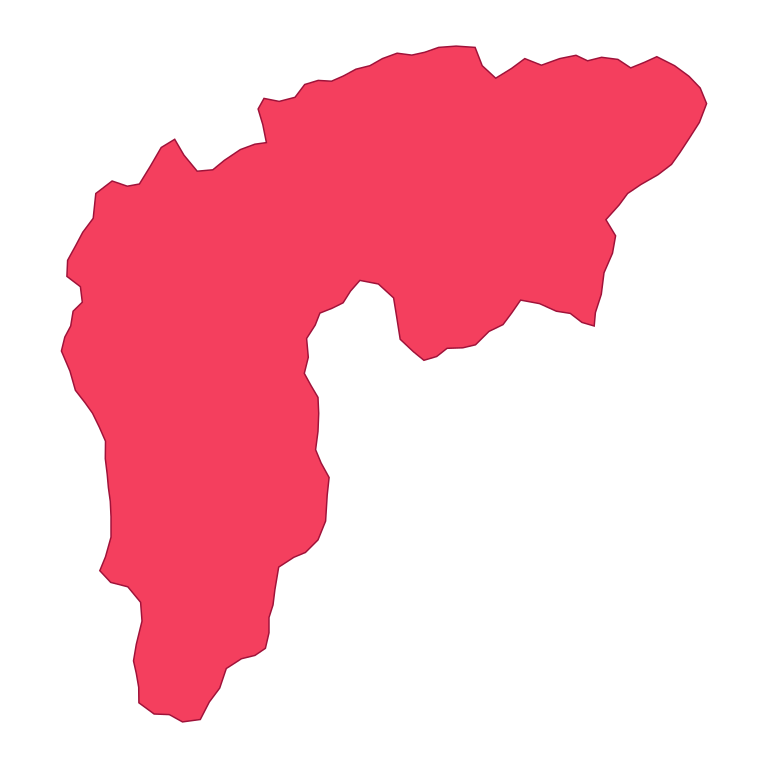 the district of Divinolândia de Minas, Minas Gerais, Brazil
{"feature_id": "56859067B83999071532050", "entity_name": "Divinolândia de Minas", "entity_type": "district", "adm_level": 2, "iso_a3": "BRA", "parent_name": "Brazil", "parent_adm1": "Minas Gerais", "projection": "robinson", "projection_center": [-42.571, -18.8], "detail": "fine", "context": "isolated", "style": "filled", "palette": "rose", "viewbox_px": 768, "rotation_deg": 0, "n_neighbors": 0, "source": "geoboundaries", "source_scale": "gbopen_adm2", "svg_char_len": 1918}
<svg xmlns="http://www.w3.org/2000/svg" viewBox="0 0 768 768"><path d="M475.1,47.4L456.1,46.1L438.6,47.4L424.6,52.3L411.8,55.1L397.1,53.2L382.4,58.6L369.9,65.7L355.9,69.2L343.1,76.1L331.5,81.2L318.2,80.4L304.7,84.5L295.0,97.3L279.2,101.4L264.0,98.4L258.1,109.0L262.8,124.6L266.4,142.6L254.8,144.2L240.3,149.6L224.4,160.3L212.8,169.8L197.2,171.2L183.9,155.1L174.7,139.3L161.2,147.5L150.3,166.3L139.4,184.0L127.3,186.2L112.1,181.0L95.8,193.5L93.2,218.3L82.8,232.2L75.7,245.6L67.6,260.3L66.9,276.4L80.4,286.7L82.3,302.2L73.1,311.2L70.7,326.0L64.8,337.1L61.4,351.0L70.0,371.2L75.4,390.3L85.1,402.8L92.5,413.2L99.4,427.3L105.5,441.2L105.3,458.7L107.2,474.2L108.4,487.6L110.3,501.5L111.0,516.7L111.0,537.2L105.5,556.8L99.8,570.7L110.7,582.4L127.8,586.8L140.6,602.3L142.0,621.1L136.3,644.3L133.5,660.9L136.3,673.4L138.7,687.3L138.9,702.8L154.1,714.0L169.3,714.6L182.5,721.9L200.3,719.5L209.3,702.0L219.7,688.1L226.3,668.5L241.5,658.7L255.0,655.4L265.4,648.3L269.0,632.8L269.0,617.5L273.0,605.0L274.9,589.7L278.7,567.1L293.8,557.3L305.5,552.4L318.0,539.9L325.6,521.1L327.2,495.2L329.1,477.5L321.1,463.0L315.6,449.7L318.0,431.4L318.7,413.4L318.0,397.4L310.9,385.4L304.3,373.4L308.3,357.3L306.6,338.5L315.2,325.1L319.9,313.1L332.2,308.2L343.1,302.8L350.5,291.1L359.9,280.4L378.4,284.0L393.6,297.9L396.7,317.0L400.2,339.3L413.5,351.8L423.9,360.3L436.7,356.5L447.1,348.3L462.8,347.8L475.5,344.8L489.0,331.4L503.0,324.6L511.6,313.1L520.6,300.1L539.5,303.6L556.3,311.2L570.3,313.4L581.9,322.4L594.2,326.0L595.4,312.6L601.3,294.3L604.0,272.8L612.5,253.2L615.6,235.8L605.9,219.7L619.1,205.0L627.6,193.5L640.9,184.5L658.0,174.7L671.5,164.4L680.0,152.4L689.5,137.9L699.4,122.4L706.6,103.6L700.2,88.0L689.0,76.3L674.6,65.7L656.8,56.7L644.7,62.2L630.7,67.9L617.9,59.4L601.6,57.3L587.6,60.8L576.0,55.3L559.7,58.6L541.4,65.2L524.8,58.6L511.6,68.4L495.7,78.2L482.2,65.7L475.1,47.4Z" fill="#f43f5e" stroke="#9f1239" stroke-width="1.5"/></svg>